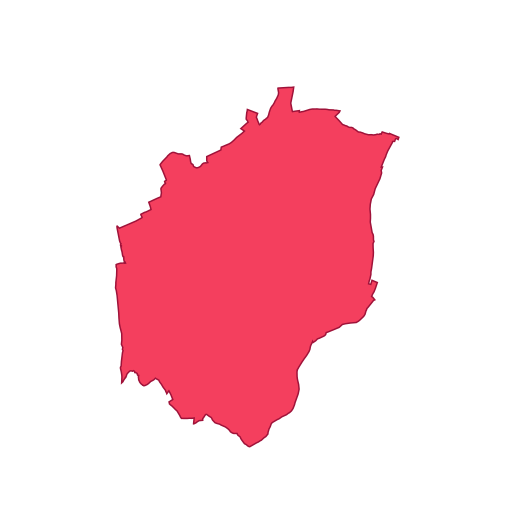 outline of Pauca, Sibiu, Romania, rotated 314°
{"feature_id": "2599482B16089648797059", "entity_name": "Pauca", "entity_type": "district", "adm_level": 2, "iso_a3": "ROU", "parent_name": "Romania", "parent_adm1": "Sibiu", "projection": "natural_earth1", "projection_center": [23.909, 46.005], "detail": "fine", "context": "isolated", "style": "filled", "palette": "rose", "viewbox_px": 512, "rotation_deg": 314, "n_neighbors": 0, "source": "geoboundaries", "source_scale": "gbopen_adm2", "svg_char_len": 6010}
<svg xmlns="http://www.w3.org/2000/svg" viewBox="0 0 512 512"><g transform="rotate(314 256 256)"><path d="M277.8,374.3L280.3,375.0L282.0,375.2L286.6,375.4L288.1,375.3L289.8,374.9L293.0,373.2L294.1,372.9L295.1,372.3L297.4,372.2L305.7,371.4L307.0,371.9L307.4,368.8L307.2,367.3L309.8,366.3L312.1,365.8L315.6,364.4L321.2,361.7L319.1,356.3L315.3,358.3L314.2,356.3L317.0,354.6L318.3,354.1L322.5,351.5L324.4,349.7L327.3,347.8L337.6,340.2L340.2,337.9L343.1,334.7L346.3,331.5L348.5,330.7L349.0,329.6L349.4,329.1L351.8,326.7L352.8,325.3L353.5,323.3L359.8,314.6L362.5,312.3L365.4,309.5L368.9,305.4L372.6,302.3L377.2,299.3L382.0,297.9L387.2,295.0L397.6,291.5L403.0,288.7L404.5,286.6L407.9,285.2L407.0,284.3L414.8,281.1L417.4,280.3L419.3,279.3L423.1,277.8L432.6,275.2L433.2,274.7L434.1,275.3L434.7,276.1L437.0,275.1L437.6,275.1L438.2,275.7L438.5,277.3L440.6,276.3L436.9,266.9L436.4,267.1L436.1,266.8L434.8,264.5L432.9,260.6L430.6,261.4L430.1,260.3L429.2,260.2L428.4,259.4L427.8,258.5L426.7,258.0L424.7,256.5L423.4,254.7L421.4,252.8L419.3,249.1L418.8,247.6L417.4,244.7L416.8,244.1L416.3,243.4L416.0,240.5L415.6,238.5L415.3,237.7L415.5,237.2L415.4,236.6L414.8,235.3L413.6,234.1L413.0,233.0L412.6,231.0L411.7,229.5L411.6,228.9L410.7,226.9L411.1,221.8L411.3,216.5L411.3,216.0L411.5,215.9L417.1,216.1L418.7,215.6L416.4,212.3L415.5,211.5L414.9,210.3L412.0,207.1L410.9,205.4L409.8,204.0L405.7,199.7L404.3,197.9L400.8,194.4L398.8,192.9L392.9,189.7L391.5,188.6L389.9,187.6L389.5,187.3L390.1,186.6L390.7,186.2L385.2,181.9L385.4,181.5L390.1,174.8L400.0,168.5L403.7,165.8L401.7,164.2L400.1,162.5L392.1,155.2L391.6,155.5L389.1,158.9L387.2,160.2L383.7,161.4L380.6,162.1L379.4,162.6L376.7,163.3L374.9,163.4L372.5,163.9L368.8,165.6L366.0,167.2L363.7,168.1L362.0,167.8L361.4,167.9L358.7,167.3L356.7,167.5L354.9,167.2L353.6,167.5L352.8,167.3L353.0,166.4L353.7,165.1L354.4,163.3L355.3,161.7L355.9,160.1L357.0,159.3L359.7,158.1L355.4,148.0L354.1,149.0L352.9,149.6L348.7,152.9L347.7,153.8L347.5,154.3L347.4,155.8L346.7,157.4L344.7,157.1L337.1,156.6L337.8,160.9L334.4,160.7L327.8,159.7L323.9,159.7L320.5,159.4L318.3,158.9L310.2,155.4L307.8,157.1L293.3,151.5L290.4,154.3L290.1,154.8L289.7,156.4L288.3,155.5L287.9,154.9L286.4,153.8L285.0,153.5L282.1,153.8L281.3,153.7L279.5,153.0L278.3,152.2L277.9,151.6L277.4,150.2L277.1,149.3L277.3,148.3L277.8,147.6L277.9,147.1L277.9,146.4L277.6,146.1L277.6,144.9L278.6,143.2L279.8,141.7L282.0,138.3L280.0,136.7L279.6,136.1L278.8,134.5L278.3,132.4L277.7,131.5L275.4,129.1L273.7,125.3L272.9,124.3L272.1,123.8L270.0,123.1L268.3,123.0L266.8,122.9L265.4,123.1L259.3,123.1L255.2,123.5L254.9,123.7L252.4,130.0L248.5,138.6L248.2,138.9L246.2,138.4L245.7,139.2L245.6,140.2L245.2,140.6L244.8,140.5L244.5,140.3L244.0,140.2L241.1,140.3L238.8,140.6L238.1,141.1L237.2,142.3L235.7,144.1L232.4,146.4L229.2,145.0L220.2,141.5L218.2,145.5L216.5,148.2L211.3,146.3L209.9,145.5L206.0,144.2L205.6,144.7L204.8,147.1L204.4,147.3L203.4,147.1L197.6,145.3L181.1,138.4L181.1,135.5L181.1,135.4L180.9,135.3L180.5,135.6L179.5,136.8L172.1,147.4L171.2,149.3L171.0,150.4L170.3,150.5L169.9,151.0L169.6,151.1L169.5,151.3L169.8,151.9L169.4,152.0L169.2,152.5L169.0,152.3L168.8,152.3L166.8,155.2L165.8,157.0L165.3,157.5L165.2,157.9L164.7,158.3L164.5,158.7L164.1,159.1L163.5,160.1L163.2,160.8L163.6,161.2L162.7,162.4L162.3,162.6L161.7,163.3L160.7,164.7L160.6,165.2L160.7,166.1L160.2,167.1L159.4,166.4L159.1,165.6L158.4,165.2L156.7,163.5L155.4,162.7L153.2,161.5L152.8,161.4L152.3,161.5L152.1,162.2L151.4,162.6L151.0,162.9L150.8,163.4L150.4,164.3L149.3,165.5L144.9,169.5L139.7,173.5L139.0,174.1L138.7,174.5L135.5,177.1L134.1,179.5L131.1,183.5L119.6,196.9L116.1,200.6L112.3,204.9L110.3,207.8L106.9,213.3L102.2,218.0L99.0,220.5L97.7,223.7L96.0,224.8L95.9,225.0L95.6,226.1L93.7,227.1L86.6,232.5L83.2,235.4L81.8,235.8L81.5,236.1L80.9,236.7L79.2,239.4L77.0,242.3L75.8,243.6L71.4,247.5L73.2,247.6L74.2,247.2L76.3,246.8L76.9,246.8L77.2,246.6L78.2,246.7L78.3,246.6L78.1,246.4L79.7,246.1L80.7,245.4L82.2,245.1L85.2,245.1L86.1,245.4L87.1,246.6L87.3,247.2L88.5,247.6L88.6,248.0L88.5,248.7L88.5,249.2L88.0,249.7L88.0,250.0L88.6,250.5L89.0,252.2L88.8,252.6L88.2,253.0L88.1,253.5L88.1,253.9L88.5,254.3L88.6,254.5L87.9,254.7L87.5,255.5L86.8,255.9L86.3,256.7L85.3,257.8L85.3,258.3L84.6,259.6L84.3,261.1L84.2,262.6L84.4,263.6L84.3,264.3L84.7,264.8L84.7,265.4L85.0,265.7L86.1,266.3L88.0,267.0L89.7,267.3L92.6,267.4L94.9,268.2L96.1,268.5L98.2,268.5L98.4,269.6L99.2,272.3L98.8,273.2L98.4,274.6L98.0,277.1L97.1,280.3L96.5,284.1L95.8,285.4L95.5,286.5L95.0,287.5L97.6,287.1L98.5,287.0L97.2,290.9L95.0,295.8L90.6,294.8L90.0,295.9L89.5,296.4L89.5,298.0L89.7,299.2L89.7,302.2L89.6,304.6L89.7,306.8L88.3,312.0L87.7,313.5L87.4,315.2L91.4,319.4L92.8,320.6L94.8,322.7L96.5,324.1L92.1,327.5L91.9,327.7L92.1,327.9L94.3,328.7L95.9,328.9L97.9,329.4L98.9,330.2L100.8,331.8L102.0,330.6L103.0,330.6L106.5,329.9L107.2,330.0L107.8,330.6L108.1,333.2L108.7,335.9L108.5,336.9L108.1,337.8L107.8,338.8L107.6,342.3L108.3,344.0L109.8,346.7L110.1,348.2L111.8,352.8L112.2,355.7L112.2,357.9L111.8,359.7L112.1,361.3L112.5,362.5L113.0,363.4L115.2,365.7L114.8,366.5L114.5,367.6L114.8,369.6L114.8,370.4L114.1,372.0L113.7,373.8L113.0,377.9L113.1,378.6L113.6,380.1L113.6,381.9L114.1,383.5L114.5,384.0L122.1,386.2L123.8,386.9L125.8,387.3L127.2,387.8L130.7,388.0L133.0,388.5L136.3,388.2L136.9,387.6L137.8,387.0L140.7,385.5L143.1,384.8L145.9,383.5L147.5,383.4L153.0,384.9L155.0,385.7L158.3,386.3L163.1,388.2L165.5,388.5L166.4,388.9L169.1,389.1L171.0,388.8L172.2,388.5L175.8,387.0L177.5,386.0L184.8,382.7L186.1,382.1L190.0,379.6L190.4,379.2L193.2,375.9L195.3,372.6L196.5,370.9L197.9,369.2L200.1,367.0L201.2,365.9L202.6,365.0L202.6,364.8L203.3,364.6L204.1,364.5L205.3,364.1L211.8,362.7L215.8,362.0L219.6,361.5L224.1,360.5L226.3,359.6L228.2,358.3L229.5,357.6L233.6,356.2L233.1,356.9L233.2,357.1L236.4,357.8L239.1,357.8L240.9,358.7L245.6,360.5L246.6,360.7L247.8,360.7L249.7,359.7L251.2,360.5L262.5,365.4L266.8,365.7L269.3,367.3L273.2,370.3L277.8,374.3Z" fill="#f43f5e" stroke="#9f1239" stroke-width="1.5"/></g></svg>